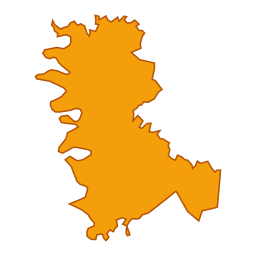 Liberato Salzano, Rio Grande do Sul, Brazil (Robinson projection)
{"feature_id": "56859067B3780228367855", "entity_name": "Liberato Salzano", "entity_type": "district", "adm_level": 2, "iso_a3": "BRA", "parent_name": "Brazil", "parent_adm1": "Rio Grande do Sul", "projection": "robinson", "projection_center": [-53.076, -27.548], "detail": "fine", "context": "isolated", "style": "filled", "palette": "amber", "viewbox_px": 256, "rotation_deg": 0, "n_neighbors": 0, "source": "geoboundaries", "source_scale": "gbopen_adm2", "svg_char_len": 2563}
<svg xmlns="http://www.w3.org/2000/svg" viewBox="0 0 256 256"><path d="M88.2,228.4L86.9,232.0L87.2,236.4L91.4,239.4L95.8,239.5L96.8,234.8L102.2,234.0L103.7,238.0L105.9,240.6L108.8,237.5L106.9,233.6L109.9,230.0L113.4,231.7L114.9,228.7L117.5,226.0L116.3,220.0L122.3,217.8L126.1,219.3L122.6,224.1L126.8,226.0L129.5,221.4L132.5,218.6L135.3,219.0L138.2,218.8L140.4,217.6L141.9,215.1L148.7,212.8L168.1,197.6L174.0,192.8L176.1,191.2L187.7,211.6L198.8,220.9L200.6,215.4L202.3,210.8L213.7,208.2L217.3,207.2L220.6,170.2L216.8,170.2L215.0,172.1L211.4,167.8L207.7,161.3L204.3,162.4L200.5,163.4L197.4,161.0L195.4,165.7L192.6,168.5L192.0,165.0L187.9,160.3L185.0,159.7L181.5,156.8L177.5,155.1L175.3,160.2L170.8,158.1L168.3,155.0L169.9,149.9L168.1,145.4L169.4,143.0L163.2,139.0L160.0,138.6L157.2,134.1L160.0,130.6L153.0,132.3L149.1,131.6L151.0,123.3L146.9,123.5L144.2,126.1L141.9,128.4L139.2,127.3L143.0,120.9L137.8,115.5L133.0,120.9L133.8,114.2L133.2,110.4L137.0,108.0L138.9,105.3L141.6,104.9L143.6,102.0L148.4,102.2L154.4,98.7L158.5,92.0L162.0,89.5L155.4,80.7L152.1,79.1L154.4,69.4L154.5,63.1L139.7,59.7L131.3,52.4L140.9,48.3L140.3,43.5L142.2,36.5L144.6,33.0L142.2,30.6L139.0,30.4L136.0,26.5L139.0,24.1L134.6,20.1L131.0,22.7L127.5,23.1L124.2,20.1L126.6,16.8L124.1,16.2L119.0,21.2L117.6,17.2L115.0,19.1L111.1,22.0L107.7,19.9L105.9,16.0L99.2,19.8L99.0,16.3L95.1,15.4L95.9,19.4L95.6,24.0L98.7,24.6L95.6,31.4L89.6,29.9L90.2,33.0L89.2,36.2L87.0,33.3L84.6,26.0L80.8,23.8L77.4,25.3L74.3,21.2L70.5,22.8L67.8,26.5L64.2,27.4L60.4,29.0L54.7,24.7L52.7,20.6L51.7,25.2L53.9,27.4L54.5,30.9L57.7,33.3L57.3,36.7L65.7,34.8L70.6,36.5L70.9,42.4L69.3,45.3L64.0,48.7L56.7,47.5L44.8,49.8L42.8,53.3L46.0,57.5L49.7,58.7L53.6,57.2L56.4,58.4L58.7,62.6L62.7,66.5L70.0,72.3L67.9,74.3L65.1,74.0L56.9,70.7L51.1,69.9L48.1,71.1L43.9,74.0L38.0,74.5L35.4,76.5L36.7,78.9L40.3,79.5L49.6,81.2L64.0,88.0L66.4,91.0L61.5,96.6L55.5,99.8L50.7,101.8L50.4,105.4L52.4,109.8L55.3,111.9L59.6,112.0L71.1,110.2L74.3,108.8L77.3,108.5L80.4,109.4L81.9,113.0L79.6,119.0L77.4,121.4L74.3,121.4L67.5,115.4L61.1,116.3L59.3,118.5L61.4,122.5L65.5,123.2L75.6,124.3L78.3,126.8L73.8,129.5L67.5,132.7L66.1,138.5L59.1,147.3L58.4,151.4L62.6,153.2L72.4,147.8L75.1,147.1L87.6,149.5L91.3,151.3L90.7,154.8L83.9,159.2L81.1,160.2L77.1,160.7L69.9,156.3L65.2,159.8L71.4,166.7L72.4,169.6L76.8,180.9L79.9,184.2L86.2,186.3L87.7,188.7L85.4,197.0L81.3,199.1L69.4,203.9L81.6,209.7L88.1,214.6L90.7,219.0L94.6,223.3L93.8,226.0L88.2,228.4ZM126.8,226.0L126.0,232.4L127.3,235.7L129.9,234.9L126.8,226.0Z" fill="#f59e0b" stroke="#b45309" stroke-width="1.5"/></svg>